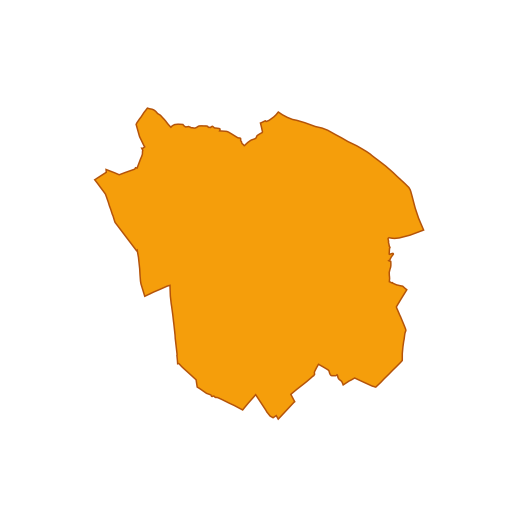 Chau Thanh, Can Tho, Vietnam (Natural Earth projection), rotated 28°
{"feature_id": "81297802B15585210216113", "entity_name": "Chau Thanh", "entity_type": "district", "adm_level": 2, "iso_a3": "VNM", "parent_name": "Vietnam", "parent_adm1": "Can Tho", "projection": "natural_earth1", "projection_center": [105.82, 10.223], "detail": "fine", "context": "isolated", "style": "filled", "palette": "amber", "viewbox_px": 512, "rotation_deg": 28, "n_neighbors": 0, "source": "geoboundaries", "source_scale": "gbopen_adm2", "svg_char_len": 5499}
<svg xmlns="http://www.w3.org/2000/svg" viewBox="0 0 512 512"><g transform="rotate(28 256 256)"><path d="M347.0,390.8L348.8,387.4L352.2,389.6L353.4,385.3L358.2,367.3L358.6,366.5L351.7,361.8L351.9,361.3L353.3,357.8L354.6,354.6L358.0,347.0L359.7,343.1L361.1,339.5L362.1,336.9L362.5,335.7L362.7,335.3L362.9,335.1L363.1,334.8L363.2,334.2L363.2,333.5L363.3,333.1L363.0,332.6L362.3,331.6L362.1,331.0L362.0,330.3L361.9,326.4L362.0,322.6L362.1,322.2L363.0,322.3L367.3,322.4L371.5,322.6L373.5,322.8L373.8,323.0L374.4,323.2L375.9,324.8L376.9,325.6L377.2,325.8L377.7,326.0L378.1,326.2L378.5,326.2L378.8,326.2L379.3,326.0L381.4,324.9L382.4,324.4L382.8,324.0L383.2,323.5L383.3,322.8L383.5,322.8L383.9,323.1L384.6,323.8L385.2,324.6L385.9,325.1L386.5,325.6L387.8,326.0L389.1,326.2L390.4,326.5L390.7,326.7L391.5,327.2L393.5,328.9L397.0,322.5L397.6,321.7L398.0,321.2L400.4,317.4L411.5,316.8L419.7,316.3L421.4,315.9L422.9,315.7L423.3,315.5L425.5,309.0L426.8,304.2L428.7,298.3L430.4,292.4L430.8,291.2L431.8,288.1L433.4,282.8L434.2,279.7L433.9,279.0L431.0,273.5L428.4,267.3L427.4,264.6L427.3,264.3L426.5,262.1L425.8,259.8L424.1,255.3L423.9,254.7L423.8,254.4L423.5,252.9L423.4,251.6L422.7,250.6L422.4,250.3L420.2,248.4L417.8,246.4L412.9,242.4L412.2,241.8L410.8,240.8L408.2,238.7L404.4,235.7L403.8,234.8L404.2,226.9L404.4,223.7L404.5,222.3L405.0,215.0L402.4,214.5L399.7,213.8L397.0,214.6L393.6,215.5L389.5,215.8L389.4,215.8L389.1,215.5L388.8,215.5L388.7,215.6L388.3,216.0L388.2,216.1L387.8,216.1L387.4,216.0L387.1,215.9L386.8,216.0L385.8,216.1L384.5,213.1L384.0,212.3L383.5,211.5L382.8,210.5L381.3,207.9L380.5,204.8L380.1,202.6L379.8,201.8L379.4,200.8L378.7,199.5L378.2,198.6L377.5,197.5L377.4,197.5L377.1,197.5L376.3,197.8L376.1,197.8L375.4,197.8L375.8,197.0L376.0,196.4L375.9,195.3L375.9,193.5L376.1,192.0L376.4,190.3L376.4,189.8L376.1,189.5L375.8,189.4L375.6,189.4L374.3,190.5L373.8,191.2L373.4,191.7L373.1,191.9L372.9,191.9L372.7,191.8L370.4,186.8L370.3,185.6L370.1,185.3L369.6,185.2L369.3,185.0L368.5,184.0L367.0,182.2L366.6,181.8L366.4,181.6L366.3,181.3L366.2,180.8L366.0,180.6L365.8,180.3L364.5,178.9L364.5,178.0L364.7,177.6L364.8,177.4L367.6,176.5L370.0,175.5L374.0,172.8L382.1,165.4L391.7,154.5L391.8,154.4L386.1,149.8L381.8,146.3L374.1,139.0L369.1,133.6L366.1,130.3L362.3,126.3L361.1,125.2L358.9,123.8L358.4,123.6L357.6,123.4L353.3,122.1L348.3,120.8L343.2,119.5L338.0,118.0L333.5,116.9L332.0,116.6L328.2,115.7L323.4,114.9L318.6,114.1L314.1,113.4L311.2,112.9L309.1,112.4L304.8,111.9L298.9,111.6L293.3,111.4L288.2,111.6L283.4,111.8L276.1,111.5L269.2,111.5L260.2,111.3L254.4,112.0L247.7,113.8L236.5,115.4L228.6,117.0L224.1,118.3L218.6,118.9L213.0,118.9L208.1,118.4L207.4,121.9L206.4,124.9L203.9,130.0L202.9,131.3L202.2,132.1L201.8,132.5L201.5,132.5L201.1,132.3L200.9,132.2L200.6,132.4L198.0,136.0L197.5,136.5L200.1,139.4L202.9,142.7L203.2,143.0L203.4,143.3L203.5,143.7L203.5,144.1L203.3,144.4L202.0,146.4L200.9,148.3L200.5,149.2L200.4,149.7L200.6,151.1L200.6,151.8L200.3,152.4L199.9,153.1L197.4,155.8L197.1,156.3L196.7,157.0L195.4,159.7L194.6,162.0L194.0,163.9L193.9,164.1L193.6,164.1L193.1,163.9L192.5,163.6L191.5,163.4L190.8,163.2L190.6,163.1L190.3,162.8L189.4,161.8L189.1,161.7L188.9,161.6L188.4,161.4L188.1,161.1L187.6,159.9L187.1,159.4L186.8,159.4L186.4,159.4L184.7,160.1L184.3,160.1L183.4,160.1L177.7,159.7L173.6,159.5L172.5,159.6L171.5,159.8L169.6,160.6L169.2,160.8L165.1,162.6L165.1,162.3L164.9,161.4L164.8,161.1L164.6,160.8L164.4,160.7L164.2,160.7L163.9,160.7L163.4,160.8L160.4,161.9L159.4,162.4L158.7,162.3L157.8,162.1L156.9,161.9L156.7,161.9L156.5,162.1L156.1,162.5L155.8,162.9L155.7,163.2L155.7,163.7L155.6,163.9L155.4,163.9L155.1,164.0L154.8,164.1L153.8,164.7L153.7,164.7L153.4,164.7L153.2,164.5L152.7,164.4L152.4,164.2L152.1,164.2L150.9,164.6L148.6,165.8L146.7,166.7L144.7,167.9L143.9,169.0L143.2,170.3L142.4,171.4L141.4,172.1L139.9,172.5L138.5,173.2L137.5,173.1L136.5,173.3L135.7,173.3L134.6,174.2L133.2,175.1L131.4,174.9L129.7,174.2L128.1,174.9L125.3,176.2L122.4,178.2L121.6,179.4L120.9,180.5L120.4,182.3L119.5,182.0L116.7,181.0L114.0,179.8L113.0,179.3L110.7,178.4L108.3,177.6L106.1,176.8L104.7,176.5L103.5,176.5L102.2,176.4L100.7,175.8L99.3,175.3L97.1,175.0L95.3,175.2L93.1,175.9L90.7,176.4L89.7,182.0L89.3,186.9L88.8,189.7L88.3,194.4L88.4,196.1L92.3,200.2L96.2,204.3L97.3,205.4L101.3,208.3L104.7,210.8L106.5,211.9L105.5,214.0L104.5,214.5L106.4,215.8L106.8,217.2L107.9,219.4L108.3,221.8L108.5,224.5L109.3,230.7L109.7,234.2L108.2,234.6L108.1,236.3L101.2,243.8L97.1,248.5L92.1,248.9L83.0,250.0L84.5,252.4L81.8,257.2L77.8,264.4L81.8,266.2L86.4,268.4L90.9,270.5L94.1,272.1L100.3,277.8L103.2,280.7L105.7,282.9L109.4,286.5L110.9,287.7L114.8,291.6L115.8,292.5L148.0,307.4L148.3,306.6L152.8,312.3L156.8,318.2L159.3,321.9L162.5,327.2L165.8,332.4L167.5,334.6L169.0,336.1L169.6,336.7L176.7,343.8L182.6,335.8L186.5,331.0L191.8,324.2L193.4,322.7L193.8,322.3L199.2,331.6L203.5,337.9L205.1,340.0L210.4,347.4L214.1,352.8L214.7,353.6L221.7,363.9L223.4,366.7L232.7,380.2L232.7,380.7L235.7,385.2L237.4,387.9L237.9,387.4L238.8,387.3L242.2,388.5L244.7,389.2L249.5,390.4L261.2,393.4L263.2,396.1L265.6,399.3L268.5,399.5L276.7,400.5L280.9,399.9L281.7,400.0L282.2,400.4L282.5,400.7L283.2,400.7L283.5,400.3L284.0,399.8L284.5,399.5L284.8,399.5L285.5,399.7L286.1,399.9L286.6,399.9L287.6,399.4L288.7,399.0L290.1,398.9L293.5,398.7L301.6,398.5L306.9,398.2L316.5,398.2L317.1,395.0L318.2,389.7L320.2,381.4L320.8,378.6L337.4,387.7L338.7,388.6L343.6,390.7L347.0,390.8Z" fill="#f59e0b" stroke="#b45309" stroke-width="1.5"/></g></svg>